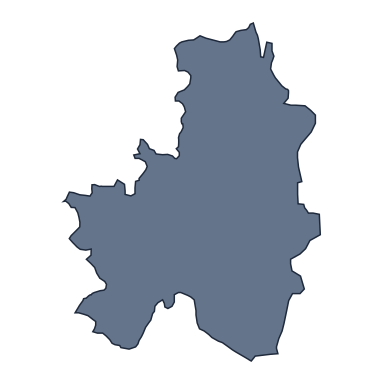 the district of Kirkuk, At-Ta'mim, Iraq
{"feature_id": "34846034B87837000735792", "entity_name": "Kirkuk", "entity_type": "district", "adm_level": 2, "iso_a3": "IRQ", "parent_name": "Iraq", "parent_adm1": "At-Ta'mim", "projection": "natural_earth1", "projection_center": [44.437, 35.515], "detail": "fine", "context": "isolated", "style": "filled", "palette": "slate", "viewbox_px": 384, "rotation_deg": 0, "n_neighbors": 0, "source": "geoboundaries", "source_scale": "gbopen_adm2", "svg_char_len": 3352}
<svg xmlns="http://www.w3.org/2000/svg" viewBox="0 0 384 384"><path d="M75.1,312.8L78.7,312.8L84.0,314.3L88.1,315.7L92.8,319.4L95.7,321.5L95.7,325.2L94.5,328.8L92.8,331.7L97.4,333.1L102.7,333.1L106.2,336.0L109.8,339.7L112.1,343.3L115.0,344.7L119.7,345.5L120.9,347.6L129.1,349.1L135.6,346.9L137.9,344.0L139.1,340.4L141.4,336.8L143.2,333.1L145.6,327.3L149.1,322.3L150.8,320.1L152.6,313.6L154.4,311.4L154.9,306.3L157.9,302.7L162.6,299.8L164.3,303.4L164.9,307.0L167.9,308.5L172.0,306.3L174.3,302.0L174.3,294.7L178.4,292.5L180.8,292.5L187.8,295.4L190.7,296.9L194.2,299.8L196.0,310.7L196.0,315.0L197.2,323.0L199.5,328.8L204.2,331.0L208.9,334.6L211.9,337.5L218.3,341.1L222.4,342.6L226.5,345.5L232.4,349.8L235.9,352.0L244.7,357.1L250.6,360.7L251.3,361.0L255.2,356.1L270.3,354.3L277.9,353.7L276.5,348.5L276.5,346.7L278.8,338.6L282.1,331.0L284.0,323.4L286.8,310.0L288.7,300.6L292.5,293.6L300.0,293.6L304.3,289.0L300.5,276.1L294.8,272.6L292.0,270.9L290.6,263.9L290.6,259.2L300.0,254.0L305.6,248.7L309.9,240.5L319.4,235.2L320.3,234.7L319.3,214.3L313.2,213.1L309.9,213.1L308.4,213.1L306.6,210.2L304.7,207.9L303.7,204.4L298.1,203.8L297.6,194.4L297.6,188.0L297.6,182.8L301.8,181.6L298.9,168.8L298.5,167.0L297.5,157.7L297.5,151.9L300.8,144.3L303.3,141.3L311.2,132.0L315.4,123.3L315.4,115.1L310.7,110.4L305.0,105.8L295.6,105.2L290.9,105.2L283.8,103.4L286.2,100.5L288.1,98.2L288.5,92.9L288.5,90.6L287.6,89.4L285.7,88.9L281.9,85.9L275.3,77.8L273.9,75.4L270.6,69.0L271.5,62.6L272.5,60.3L273.9,56.2L272.0,50.9L272.0,43.4L266.8,42.2L263.5,57.4L260.7,56.8L260.2,49.8L259.3,44.5L258.3,38.7L257.4,35.2L256.0,32.3L253.3,23.0L250.3,24.3L248.7,27.6L246.4,29.6L240.8,30.4L236.1,31.7L234.8,33.3L232.8,36.2L229.8,39.9L226.5,41.5L223.9,41.9L220.2,41.9L210.6,39.4L206.0,38.2L200.0,35.8L197.0,37.8L193.7,39.9L188.4,40.3L181.8,41.9L179.5,43.1L176.5,46.0L174.4,48.6L176.6,55.1L177.7,60.0L177.1,66.7L178.4,70.9L184.6,70.5L188.0,72.1L190.8,75.6L190.8,77.8L189.8,83.9L187.5,86.7L184.3,89.9L181.3,91.1L178.1,92.4L175.1,97.2L175.4,101.0L178.9,101.0L182.5,103.7L184.3,106.9L185.6,111.8L183.6,114.8L181.3,118.2L181.3,121.7L181.9,123.8L182.7,123.8L183.1,126.4L183.1,127.7L181.2,131.7L179.6,133.7L178.5,137.7L178.7,139.7L178.7,142.7L178.5,146.7L176.3,148.7L178.2,151.0L179.3,152.4L179.3,155.7L176.6,158.7L174.7,158.4L172.5,156.0L167.7,154.4L162.6,154.7L156.1,154.0L154.0,150.4L149.4,148.7L147.5,144.4L143.2,139.7L140.5,139.4L140.0,144.7L137.5,149.0L140.0,153.7L133.8,155.0L135.1,158.4L139.1,158.4L145.3,161.7L147.2,166.4L145.9,169.7L143.2,173.4L139.1,178.4L139.2,180.2L135.6,181.4L135.0,187.9L135.0,193.7L130.9,195.9L125.1,194.4L125.1,190.8L124.5,184.3L117.5,179.9L116.3,182.1L114.0,186.4L109.3,186.4L102.8,186.4L102.5,186.4L101.1,186.2L100.1,186.4L99.9,186.5L98.7,186.2L94.7,184.6L92.0,184.8L91.8,188.9L92.2,192.7L90.0,196.1L85.4,195.4L79.8,194.8L73.6,192.7L69.4,192.1L67.6,195.9L66.1,199.3L63.7,201.4L65.7,201.1L68.8,203.6L71.2,207.4L75.0,207.6L77.8,212.8L79.0,217.5L79.9,222.3L79.8,226.9L77.6,229.2L71.1,235.7L69.3,238.6L72.6,242.4L77.1,247.0L80.2,249.3L85.8,250.1L91.2,249.1L91.0,255.2L86.4,259.3L90.5,263.1L94.7,267.5L96.7,273.1L99.8,278.2L104.8,281.5L106.5,284.4L105.8,288.4L103.9,290.2L100.2,290.7L94.4,292.5L92.2,293.5L91.3,294.8L90.3,294.8L88.7,295.8L86.3,298.1L83.6,298.7L82.9,300.7L81.0,303.3L79.4,305.6L77.8,308.3L75.1,312.8Z" fill="#64748b" stroke="#1e293b" stroke-width="1.5"/></svg>